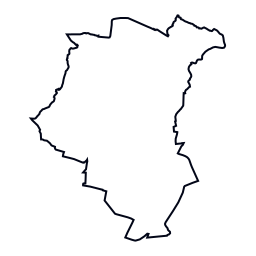 Oravita, Caras-Severin, Romania, rotated 270°
{"feature_id": "2599482B80762656087619", "entity_name": "Oravita", "entity_type": "district", "adm_level": 2, "iso_a3": "ROU", "parent_name": "Romania", "parent_adm1": "Caras-Severin", "projection": "albers", "projection_center": [21.762, 45.061], "detail": "fine", "context": "isolated", "style": "outline", "palette": "ink", "viewbox_px": 256, "rotation_deg": 270, "n_neighbors": 0, "source": "geoboundaries", "source_scale": "gbopen_adm2", "svg_char_len": 5789}
<svg xmlns="http://www.w3.org/2000/svg" viewBox="0 0 256 256"><g transform="rotate(270 128 128)"><path d="M220.6,222.8L221.0,222.2L221.5,221.7L222.0,220.3L222.5,219.6L224.7,217.8L225.5,217.0L226.1,215.9L226.9,214.3L227.0,214.1L226.8,213.8L226.5,213.5L226.2,213.1L225.7,212.7L225.0,212.1L224.9,211.7L225.2,210.6L225.4,210.2L225.3,209.9L225.3,209.7L225.7,209.1L226.2,208.4L226.3,208.0L226.7,207.5L226.8,207.3L227.0,207.0L227.4,206.5L227.5,206.2L228.3,204.6L228.5,204.4L228.4,203.4L228.0,202.8L227.7,202.1L227.3,201.6L227.3,201.3L227.4,201.1L227.5,200.8L227.6,200.6L227.5,200.0L227.6,199.1L228.1,199.0L228.3,198.7L228.5,198.1L228.7,197.8L228.7,196.7L229.6,196.2L230.0,195.7L230.2,195.1L230.2,194.6L230.3,194.3L230.9,194.1L231.1,193.9L231.4,193.3L231.6,193.1L232.0,192.6L232.2,192.1L232.5,190.4L232.9,190.0L233.1,188.8L234.0,187.0L234.5,185.5L234.9,184.7L236.1,182.9L236.4,182.4L236.7,181.3L236.8,181.0L237.1,180.8L238.3,180.6L238.4,180.4L238.4,179.7L238.6,179.2L239.1,178.8L239.9,178.7L240.4,178.5L240.6,178.0L240.6,177.5L240.5,177.4L239.4,177.0L237.4,175.6L237.0,175.5L236.2,175.8L235.7,175.7L235.2,175.4L234.4,174.2L234.0,173.7L233.6,173.5L233.1,173.3L232.5,173.3L232.2,173.1L232.0,172.8L231.2,172.5L231.0,172.4L230.5,172.8L230.3,172.8L230.1,172.6L229.8,172.2L229.3,171.4L229.0,170.6L228.7,170.3L228.5,169.9L227.8,168.8L227.3,168.3L226.8,167.9L225.7,167.3L225.4,167.1L225.0,167.1L222.3,167.4L221.5,167.9L220.8,168.5L220.7,168.5L220.4,168.4L219.7,167.9L220.6,166.2L224.2,160.5L225.7,158.2L226.2,157.6L226.4,157.1L226.4,156.7L226.3,156.2L226.3,155.5L226.2,155.5L226.3,155.2L226.8,154.3L226.3,154.3L228.2,150.3L229.4,147.4L237.9,128.1L238.0,125.6L238.0,120.5L237.4,116.1L236.9,113.6L236.1,112.2L234.9,111.8L231.0,111.7L220.0,110.3L218.6,109.6L218.4,108.6L218.9,102.7L219.3,98.4L220.4,98.4L220.2,97.8L220.2,96.9L220.3,96.4L220.7,95.8L220.7,94.9L221.1,94.3L221.2,94.1L221.2,93.2L221.5,92.5L221.5,91.7L221.7,91.1L221.6,90.7L221.9,90.1L222.3,89.4L222.5,88.9L222.8,88.4L222.9,88.0L222.8,86.8L222.6,86.3L222.9,85.8L222.8,85.5L223.0,85.1L223.0,84.5L222.8,83.1L222.6,82.9L222.3,82.5L221.7,80.2L221.6,66.9L215.6,70.8L215.2,71.2L213.8,72.9L213.2,74.0L211.3,75.8L210.9,76.3L211.4,76.9L210.8,77.6L210.5,77.8L210.3,77.7L209.9,77.4L209.5,77.4L209.0,77.4L208.6,77.1L208.3,76.7L208.2,76.3L208.1,75.6L207.8,74.9L207.6,74.1L207.4,73.2L207.4,72.5L207.5,72.1L207.8,71.5L207.9,71.2L207.7,70.7L207.3,70.5L206.5,69.7L206.3,69.5L205.4,69.3L204.6,69.2L202.8,69.4L202.1,69.3L201.7,69.0L201.4,68.3L200.8,67.6L200.7,67.6L200.4,67.8L200.0,67.7L198.2,67.3L198.2,67.5L197.7,67.5L197.5,67.2L196.9,67.0L196.2,66.8L195.9,66.9L195.6,67.3L195.3,67.4L194.8,67.6L193.5,67.6L192.5,67.7L191.1,68.1L189.8,68.6L189.0,68.6L188.4,68.5L187.6,68.0L186.0,67.1L185.7,66.8L185.2,66.1L184.8,65.8L184.2,65.6L182.8,65.5L180.3,64.6L179.0,64.2L176.7,63.6L172.7,62.9L171.9,62.6L170.9,62.2L169.4,61.9L168.4,61.2L167.5,60.5L167.1,60.2L167.1,59.8L166.9,59.5L167.1,59.1L167.3,58.9L167.2,58.7L166.4,59.4L166.1,58.9L166.3,58.3L166.4,58.1L166.5,57.6L166.4,57.3L166.5,57.1L166.4,57.0L166.1,56.2L165.7,56.3L165.5,56.2L165.2,56.0L164.5,55.9L164.1,56.2L164.0,56.5L163.8,56.7L163.0,56.9L162.3,56.4L161.2,55.4L160.7,54.7L160.4,54.4L159.9,54.4L159.0,53.9L158.8,54.1L158.7,54.2L158.4,54.4L157.5,54.6L157.0,54.5L155.2,54.0L154.8,53.8L154.6,53.6L154.3,53.2L154.1,52.9L153.6,52.1L151.9,50.6L151.0,50.0L149.6,49.4L149.2,49.1L148.8,48.4L148.7,48.1L147.7,45.5L147.0,44.0L146.8,43.1L146.7,42.7L146.4,42.3L145.3,41.4L144.2,40.2L143.8,40.0L143.1,39.7L142.4,39.5L142.0,39.4L141.7,39.0L140.7,38.3L140.4,37.9L139.6,37.1L138.9,36.7L138.4,36.1L137.9,35.8L137.6,35.3L137.4,34.8L137.3,33.7L137.5,30.9L135.8,32.2L130.5,37.7L126.2,40.1L124.8,39.5L122.3,40.8L119.9,40.9L116.6,41.1L116.6,41.8L116.5,42.6L116.4,43.0L115.7,44.1L115.3,46.9L114.0,48.5L112.6,50.1L111.1,51.1L110.5,51.7L109.2,55.0L108.2,54.9L107.3,55.1L106.4,55.8L104.0,64.0L101.7,63.2L99.7,62.9L98.0,69.9L96.9,74.1L94.1,81.0L93.3,83.2L93.7,83.7L93.5,84.3L95.8,86.8L96.3,87.1L94.6,87.3L92.9,86.9L86.7,86.0L85.6,84.9L83.5,83.1L83.3,85.8L76.8,85.6L72.7,85.4L72.7,84.3L72.4,83.3L71.8,83.1L70.6,83.1L69.4,90.2L66.2,102.7L65.7,102.8L64.7,106.3L55.5,104.6L42.3,115.0L41.8,116.3L38.7,127.7L37.5,131.1L36.1,133.6L33.4,132.4L23.3,127.4L18.5,125.3L16.3,131.7L15.5,134.6L15.4,135.6L16.6,139.8L19.7,144.4L22.3,147.3L22.1,148.5L18.4,147.2L20.3,167.0L21.0,167.4L21.6,169.0L22.7,170.1L24.1,170.0L24.7,169.5L25.3,168.7L26.3,167.9L27.7,167.6L29.7,166.0L30.2,165.7L31.1,165.2L32.1,165.0L33.7,165.6L44.7,172.8L53.6,178.3L63.4,182.8L69.3,184.2L70.0,184.8L73.2,192.7L75.1,198.1L88.9,191.9L90.9,191.1L96.0,189.3L97.4,188.5L98.8,187.1L99.8,185.4L100.8,183.0L102.0,179.0L102.6,177.8L109.6,181.3L111.1,182.8L113.0,183.7L112.8,181.7L112.5,181.2L112.4,179.6L112.0,175.9L114.8,175.6L117.3,175.7L121.4,176.9L123.4,177.3L123.9,177.3L124.4,174.0L129.1,173.6L130.2,176.1L134.6,175.1L135.0,175.8L139.2,175.3L141.8,176.2L144.1,178.0L145.0,179.0L146.5,180.2L146.9,180.8L147.2,181.0L150.3,183.2L151.6,183.3L161.1,183.6L162.8,183.7L162.5,184.5L162.7,185.2L163.3,185.0L164.1,185.1L164.9,185.3L165.6,185.7L166.1,186.0L166.8,187.1L169.0,189.2L169.3,190.0L171.3,189.7L173.6,188.5L174.1,188.2L175.0,188.4L175.9,189.2L176.4,189.9L177.3,189.9L178.9,191.0L179.8,191.3L181.4,191.1L183.3,190.1L185.1,189.0L186.9,188.5L189.0,188.9L190.6,189.9L191.1,190.5L191.7,191.4L192.3,191.3L193.0,191.0L193.3,191.4L193.4,191.7L193.4,192.4L193.4,192.7L193.1,193.3L192.8,194.2L192.7,195.1L192.7,195.5L193.0,196.0L195.5,197.0L196.4,198.1L196.5,199.4L196.4,200.9L196.8,201.9L197.6,202.1L198.7,202.1L200.2,202.2L201.4,202.9L204.3,205.4L206.6,208.7L207.1,210.2L208.6,213.0L209.1,215.3L208.7,217.7L208.4,219.2L208.0,222.2L208.3,224.0L208.9,224.5L209.7,224.9L210.1,225.1L211.3,225.0L212.7,224.4L214.4,223.9L218.2,223.4L220.6,222.8Z" fill="none" stroke="#020617" stroke-width="2"/></g></svg>